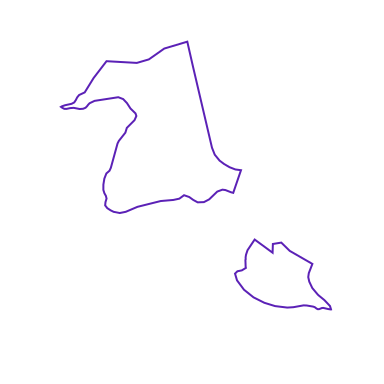 SVG path tracing the border of Misamis Oriental, rotated 256°
{"feature_id": "PHL-2595", "entity_name": "Misamis Oriental", "entity_type": "Province", "adm_level": 1, "iso_a3": "PHL", "parent_name": "Philippines", "parent_adm1": "", "projection": "albers", "projection_center": [124.782, 8.703], "detail": "fine", "context": "isolated", "style": "outline", "palette": "violet", "viewbox_px": 384, "rotation_deg": 256, "n_neighbors": 0, "source": "natural_earth", "source_scale": "10m", "svg_char_len": 1615}
<svg xmlns="http://www.w3.org/2000/svg" viewBox="0 0 384 384"><g transform="rotate(256 192 192)"><path d="M181.2,231.8L182.3,229.8L185.8,224.9L186.9,222.1L186.3,216.6L180.7,206.9L179.3,201.1L180.6,195.0L184.0,191.3L187.8,188.1L190.8,183.5L188.6,178.1L188.8,172.0L190.8,159.5L190.8,135.5L188.8,122.9L189.1,116.7L191.7,111.2L193.9,108.6L196.8,105.9L200.0,104.5L203.1,105.6L206.3,107.5L209.1,107.5L212.0,106.7L215.5,106.5L220.6,107.8L226.2,110.2L230.7,113.4L232.6,117.1L235.1,119.1L257.1,131.5L259.3,133.4L265.7,141.7L270.0,144.3L275.6,153.6L279.2,156.4L281.9,156.2L287.9,152.5L294.0,150.4L298.8,147.7L301.8,143.4L304.0,119.5L302.9,114.1L301.9,112.5L300.6,110.9L299.5,109.1L299.1,106.5L299.7,103.1L302.3,97.5L302.9,93.9L303.0,90.3L303.6,88.2L305.1,86.5L306.3,85.5L306.6,86.5L306.9,89.8L306.7,96.5L307.4,99.4L309.3,101.5L311.6,103.5L313.4,105.9L314.6,112.0L326.4,124.1L339.6,140.7L330.6,169.7L331.1,182.2L337.9,199.8L339.0,223.8L314.1,223.3L230.2,222.1L222.7,223.1L215.7,226.4L215.6,226.5L211.4,229.9L207.0,234.4L203.4,239.5L201.3,244.8L181.2,231.8ZM44.4,298.5L44.4,298.4L45.5,295.8L47.8,291.3L48.0,290.0L47.6,287.1L47.8,285.8L48.7,284.7L50.6,283.2L51.5,281.8L54.1,275.9L55.0,272.9L55.7,262.5L56.8,256.5L61.2,245.0L67.0,235.4L74.9,226.2L84.6,218.8L95.4,214.3L102.4,214.0L104.1,216.9L103.9,221.4L105.3,225.9L106.7,226.0L113.2,227.4L113.7,227.8L115.6,228.2L118.0,229.2L122.1,231.8L130.7,241.3L113.6,255.5L122.0,257.9L121.3,266.4L111.2,272.6L93.1,291.4L85.0,285.7L81.3,284.2L76.6,284.1L69.7,285.5L62.1,289.2L61.0,289.9L55.1,294.3L48.0,298.3L44.5,298.5L44.4,298.5Z" fill="none" stroke="#5b21b6" stroke-width="2"/></g></svg>